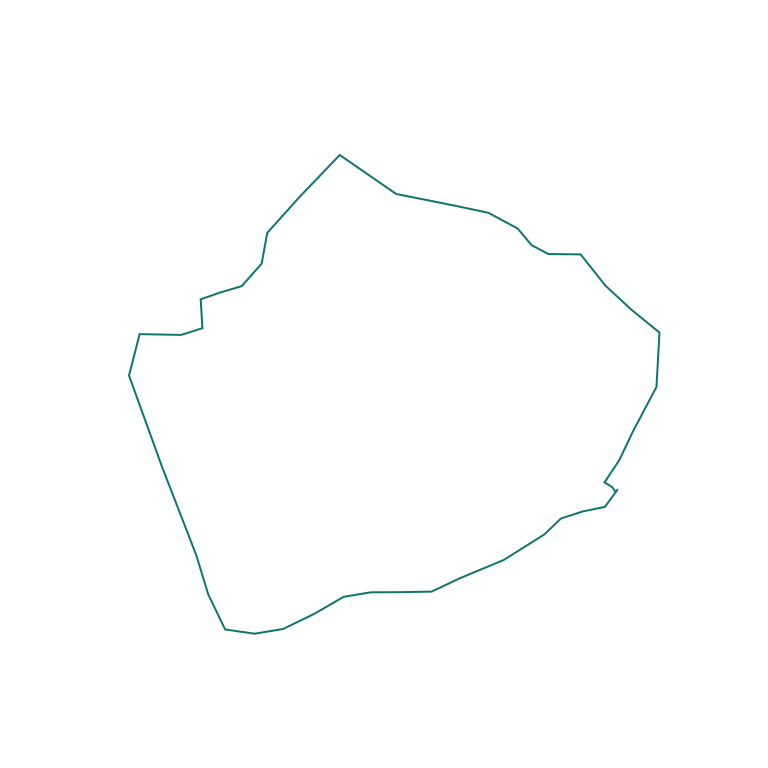 the Province of Sánchez Ramírez, rotated 149°
{"feature_id": "DOM-1395", "entity_name": "Sánchez Ramírez", "entity_type": "Province", "adm_level": 1, "iso_a3": "DOM", "parent_name": "Dominican Republic", "parent_adm1": "", "projection": "equal_earth", "projection_center": [-70.165, 19.005], "detail": "fine", "context": "isolated", "style": "outline", "palette": "teal", "viewbox_px": 768, "rotation_deg": 149, "n_neighbors": 0, "source": "natural_earth", "source_scale": "10m", "svg_char_len": 730}
<svg xmlns="http://www.w3.org/2000/svg" viewBox="0 0 768 768"><g transform="rotate(149 384 384)"><path d="M304.0,603.1L275.7,540.6L229.1,498.2L206.4,477.0L189.3,448.3L186.0,426.9L176.1,410.7L148.7,393.8L143.6,354.5L133.8,320.6L121.4,286.2L152.0,241.1L195.1,215.1L221.6,197.5L245.7,186.1L243.6,182.2L241.6,178.3L241.1,172.2L237.7,173.4L257.9,164.9L278.8,172.3L301.6,177.6L323.9,172.5L371.9,171.5L419.3,178.5L450.1,181.5L478.3,197.8L502.7,212.3L528.3,222.4L561.7,222.9L596.7,226.0L623.5,236.6L646.6,255.4L643.0,294.2L633.0,334.4L616.8,428.0L598.2,522.6L567.8,552.6L532.5,530.5L510.9,525.4L497.5,551.0L478.2,547.0L455.5,541.2L426.9,550.2L406.2,573.7L360.2,587.8L304.0,603.1Z" fill="none" stroke="#0f766e" stroke-width="2"/></g></svg>